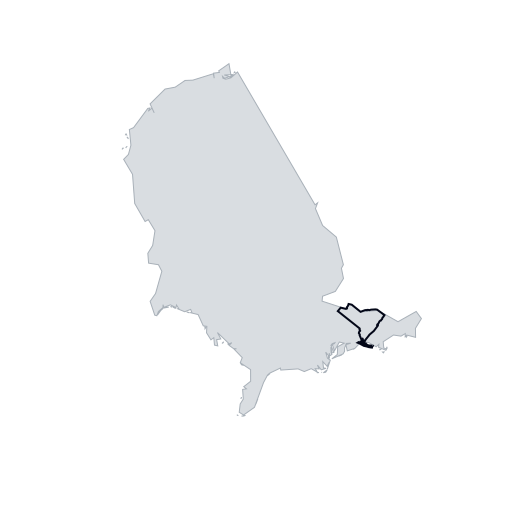 New York highlighted on a map of United States of America, rotated 36°
{"feature_id": "USA-3559", "entity_name": "New York", "entity_type": "State", "adm_level": 1, "iso_a3": "USA", "parent_name": "United States of America", "parent_adm1": "", "projection": "albers", "projection_center": [-74.009, 42.755], "detail": "medium", "context": "in_parent", "style": "outline", "palette": "ink", "viewbox_px": 512, "rotation_deg": 36, "n_neighbors": 0, "source": "natural_earth", "source_scale": "10m", "svg_char_len": 5598}
<svg xmlns="http://www.w3.org/2000/svg" viewBox="0 0 512 512"><g transform="rotate(36 256 256)"><path d="M386.6,228.3L409.5,225.7L418.2,206.7L426.6,209.4L427.5,220.8L432.9,228.0L424.4,231.4L424.0,233.5L422.4,231.0L420.4,235.6L413.7,239.1L409.3,250.6L413.4,255.3L416.1,254.6L415.3,252.5L416.2,253.5L416.5,255.9L408.8,257.8L407.3,255.2L406.6,258.8L397.7,259.8L390.9,264.3L391.7,261.8L391.0,260.1L389.2,266.2L391.0,267.3L390.3,272.5L385.6,279.1L380.9,274.9L383.9,270.8L380.5,273.6L381.7,278.3L383.7,281.0L384.0,284.0L377.8,294.6L379.7,287.9L375.4,281.4L378.6,274.7L374.0,276.6L375.2,286.6L370.9,283.5L369.4,283.7L370.9,280.7L370.8,279.7L369.2,282.1L369.1,284.2L375.7,288.3L374.1,290.0L371.2,286.4L370.1,285.8L373.7,290.1L375.3,291.0L374.3,293.5L372.3,291.5L375.4,295.4L374.6,295.9L373.0,293.9L368.9,292.8L373.9,296.7L377.3,296.6L380.3,305.9L377.6,298.8L378.3,303.4L372.1,302.2L376.4,306.9L378.7,305.7L375.7,309.7L369.8,308.1L373.4,310.3L370.1,312.3L373.8,313.9L366.9,314.7L363.0,321.1L356.4,322.6L343.1,333.7L341.6,332.3L335.9,342.8L335.3,345.5L336.5,354.0L343.7,379.3L339.4,391.9L334.3,392.3L330.2,385.0L329.8,379.2L323.6,371.8L326.3,369.1L322.9,368.9L325.3,360.5L318.4,351.1L306.0,351.6L304.6,346.3L292.9,344.2L294.7,342.5L292.3,344.1L286.8,344.1L287.4,340.3L286.0,342.8L269.8,340.6L276.3,343.8L273.3,346.8L277.9,351.2L274.8,352.5L269.9,346.9L268.8,350.3L261.1,347.2L257.6,341.8L254.4,343.5L243.6,337.4L235.8,340.6L237.8,339.7L234.5,337.6L231.1,343.0L223.1,344.9L225.0,344.2L220.5,342.4L221.6,344.8L215.5,345.8L211.6,351.7L209.4,350.0L211.0,352.3L209.7,358.3L210.9,362.6L208.9,363.4L197.0,354.9L196.8,345.4L188.8,323.7L182.2,320.4L173.3,324.9L166.9,317.4L166.2,308.2L159.4,294.9L147.5,289.9L146.0,293.3L127.0,284.8L108.1,262.5L92.1,255.6L93.1,248.8L89.7,239.9L79.2,228.1L81.5,224.1L81.7,200.2L83.2,198.6L83.8,202.2L84.9,197.5L89.5,200.0L80.9,195.2L84.3,174.4L91.4,166.9L95.4,155.7L101.5,150.9L114.3,133.7L117.7,136.7L114.2,133.0L118.5,129.0L117.0,128.1L121.1,116.3L129.1,124.1L123.9,128.2L129.2,126.4L126.1,130.7L123.3,130.3L124.7,131.6L127.6,130.8L131.0,126.6L132.9,118.0L273.7,179.9L274.6,176.8L276.2,182.7L292.0,192.2L309.9,193.5L331.8,211.7L332.3,215.7L340.0,222.8L341.0,238.0L333.5,249.4L336.0,253.7L359.6,246.0L359.1,240.4L361.2,239.5L373.6,239.7L386.6,228.3ZM400.4,262.3L404.2,261.5L390.7,265.3L401.9,260.8L400.4,262.3ZM130.9,122.8L130.3,126.4L130.0,126.8L129.6,123.5L130.9,122.8ZM211.0,361.5L210.7,355.8L211.7,352.8L211.0,356.0L211.0,361.5ZM425.3,231.8L425.3,233.5L424.7,233.2L425.3,231.8ZM257.4,343.4L257.5,344.8L256.4,343.5L257.4,343.4ZM81.5,235.5L83.4,235.8L83.4,236.1L81.5,235.5ZM80.2,234.1L79.2,234.6L79.1,233.6L80.2,234.1ZM412.3,257.9L411.3,259.1L411.0,258.8L412.3,257.9ZM213.4,350.4L211.8,352.5L215.5,348.6L213.4,350.4ZM341.6,371.0L343.0,376.0L341.4,370.5L341.6,371.0ZM87.1,243.6L87.1,245.2L87.0,243.7L87.1,243.6ZM340.1,392.7L338.4,394.1L341.2,391.1L340.1,392.7ZM380.7,309.0L379.1,310.9L380.5,306.3L380.7,309.0ZM131.1,119.6L130.6,120.5L130.4,119.7L131.1,119.6ZM221.4,345.8L218.6,346.2L221.6,345.5L221.4,345.8ZM416.0,258.3L416.0,259.5L414.8,259.3L416.0,258.3ZM85.2,246.8L84.9,248.5L84.9,246.9L85.2,246.8ZM217.7,346.9L216.5,347.2L217.7,346.5L217.7,346.9ZM383.3,286.0L381.6,288.6L383.5,285.0L383.3,286.0ZM234.7,341.5L232.8,342.0L235.6,340.9L234.7,341.5ZM336.1,344.2L335.6,346.2L335.6,344.7L336.1,344.2ZM374.3,314.3L373.8,314.7L375.4,313.2L374.3,314.3ZM310.4,351.7L308.3,352.5L307.5,352.2L310.4,351.7ZM286.1,343.6L285.7,343.9L284.5,343.6L286.1,343.6ZM327.5,379.1L327.7,380.5L327.2,378.8L327.5,379.1ZM280.4,345.5L279.9,346.7L280.2,344.4L280.4,345.5ZM335.0,395.7L333.8,395.7L335.5,395.5L335.0,395.7ZM390.0,273.4L389.2,274.7L390.2,272.8L390.0,273.4ZM377.9,311.3L377.2,311.7L377.9,311.3Z" fill="#d9dde1" stroke="#a8b0b8" stroke-width="1"/><path d="M354.9,248.0L359.7,246.0L360.4,245.3L360.4,244.8L359.7,244.2L359.7,242.0L359.1,240.4L362.1,239.1L373.4,239.7L375.9,235.9L376.7,235.1L377.6,234.7L377.6,234.3L378.3,233.7L379.5,233.2L380.6,231.8L384.1,228.9L385.5,228.2L394.7,228.3L394.8,228.8L394.6,229.5L394.8,230.1L394.6,231.6L395.1,232.9L394.9,233.7L395.0,234.7L394.6,235.1L394.3,236.3L394.7,238.7L394.4,240.1L394.5,240.4L395.1,240.0L395.5,240.6L395.4,247.4L394.0,253.1L394.1,253.3L393.8,259.7L394.1,260.4L392.6,261.3L393.1,262.2L392.1,263.3L392.2,263.8L391.3,263.8L391.4,263.3L391.4,263.2L391.7,262.1L391.7,261.2L391.1,260.0L391.2,259.6L391.0,259.9L391.4,260.8L391.5,262.3L386.4,259.2L386.1,258.5L384.6,258.0L384.1,257.1L384.2,255.6L383.9,255.4L384.0,255.2L383.0,254.7L382.9,254.1L382.4,253.7L354.6,252.5L354.9,248.0ZM402.9,262.1L404.5,261.4L401.1,263.3L400.5,263.1L400.5,263.5L399.0,264.1L399.5,263.9L392.7,265.5L393.5,265.7L392.3,265.7L391.2,266.1L392.3,265.4L391.7,265.3L391.6,265.8L390.9,265.9L390.6,265.4L391.4,264.0L392.4,264.2L392.4,263.6L392.8,263.7L392.6,263.4L393.1,263.7L393.2,263.1L393.9,262.9L393.7,263.1L394.2,263.2L394.1,262.7L395.0,263.0L394.7,262.6L395.8,263.0L396.5,262.4L396.7,262.6L399.6,262.3L401.9,260.7L402.0,261.0L401.7,261.0L401.0,261.6L400.8,261.9L400.8,262.3L400.3,262.3L399.7,262.9L400.6,263.0L401.6,261.8L401.9,262.1L402.1,261.7L402.4,262.0L402.6,261.6L402.9,262.1ZM389.6,265.4L390.4,265.2L390.5,265.6L390.0,266.2L389.2,266.4L389.6,265.4ZM397.0,264.9L398.8,264.1L396.3,265.2L395.7,265.4L395.3,265.3L395.6,265.3L397.0,264.9ZM391.2,263.7L391.0,264.6L390.7,264.8L391.3,263.3L391.2,263.7ZM395.6,265.3L395.2,265.3L393.6,265.8L395.1,265.2L395.6,265.3ZM401.4,261.3L401.8,261.4L401.9,261.8L401.3,261.7L401.4,261.3ZM403.8,259.7L403.3,260.0L404.1,259.6L403.8,259.7ZM402.7,261.3L403.1,261.2L403.0,261.6L402.7,261.3Z" fill="none" stroke="#020617" stroke-width="2"/></g></svg>